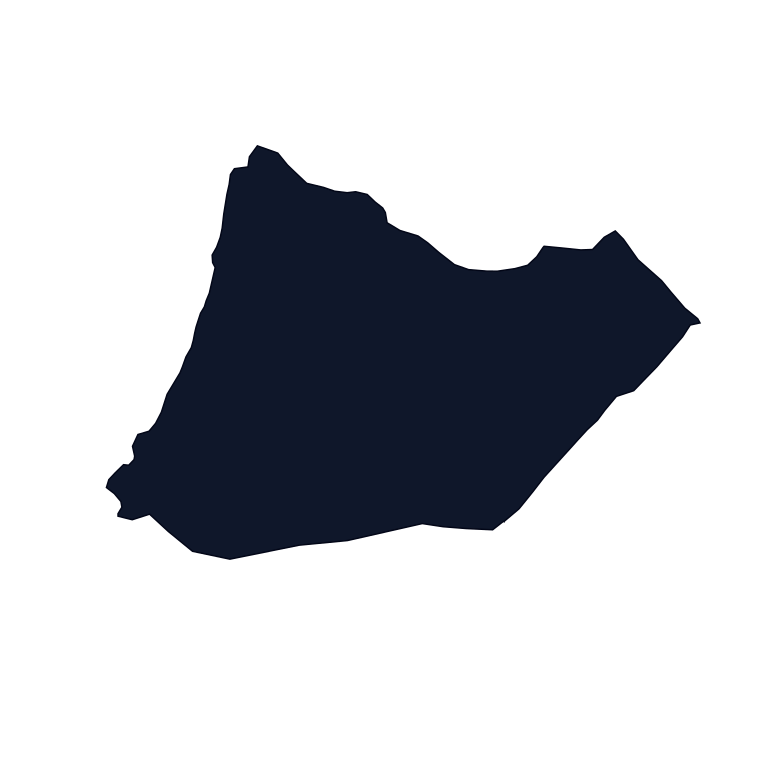 Pyla, Larnaca, Cyprus, rotated 121°
{"feature_id": "46923920B48961032543563", "entity_name": "Pyla", "entity_type": "district", "adm_level": 2, "iso_a3": "CYP", "parent_name": "Cyprus", "parent_adm1": "Larnaca", "projection": "albers", "projection_center": [33.691, 35.003], "detail": "fine", "context": "isolated", "style": "filled", "palette": "ink", "viewbox_px": 768, "rotation_deg": 121, "n_neighbors": 0, "source": "geoboundaries", "source_scale": "gbopen_adm2", "svg_char_len": 1575}
<svg xmlns="http://www.w3.org/2000/svg" viewBox="0 0 768 768"><g transform="rotate(121 384 384)"><path d="M133.7,264.6L144.8,270.8L161.3,274.5L167.7,284.3L175.9,301.8L183.5,317.7L185.1,318.0L196.3,318.6L208.2,322.0L217.7,331.2L229.0,345.0L234.4,354.2L242.4,370.4L245.4,385.1L243.0,404.7L240.5,419.1L239.6,431.0L244.2,449.4L244.2,464.4L236.3,471.2L233.8,475.8L232.6,485.3L230.2,496.0L233.8,507.3L239.0,514.1L244.2,525.7L246.6,537.0L251.8,553.6L248.1,570.4L246.0,579.6L240.8,594.0L245.1,615.2L258.5,616.4L268.0,612.4L276.5,623.1L281.9,623.4L283.5,623.5L292.7,619.5L302.1,616.4L320.8,608.9L333.7,603.0L342.6,599.9L353.0,597.9L362.0,597.7L368.2,593.4L371.1,588.7L388.5,583.0L396.1,580.5L404.1,579.3L410.4,577.7L417.8,577.7L425.2,576.0L432.0,574.4L438.1,572.4L444.9,569.9L452.0,567.9L462.7,567.7L473.2,565.6L479.5,564.6L490.0,564.6L504.5,564.6L522.8,560.3L535.3,559.5L545.5,561.1L554.0,568.9L566.9,567.5L574.2,560.6L577.5,559.3L585.1,561.0L587.3,565.7L598.4,568.6L607.7,570.6L615.7,568.6L616.8,558.8L620.2,549.0L624.6,545.2L632.2,545.2L633.5,544.4L634.3,543.9L630.0,529.9L616.3,517.9L621.5,492.8L626.0,461.9L613.5,425.9L565.9,373.8L537.0,334.7L483.9,279.3L475.9,259.9L465.5,239.0L453.0,215.8L440.2,210.9L440.2,210.1L439.7,210.2L421.5,204.0L409.5,202.3L399.3,200.9L381.5,198.8L340.0,190.6L332.2,189.1L318.6,186.3L305.0,182.4L292.7,181.2L274.9,178.4L261.1,166.5L244.5,162.7L228.7,159.0L208.4,155.6L189.8,152.4L175.7,151.9L168.9,144.6L166.5,148.7L164.1,165.2L157.4,185.4L152.5,199.2L146.7,230.3L136.6,253.3L133.7,264.6Z" fill="#0f172a" stroke="#020617" stroke-width="1.5"/></g></svg>